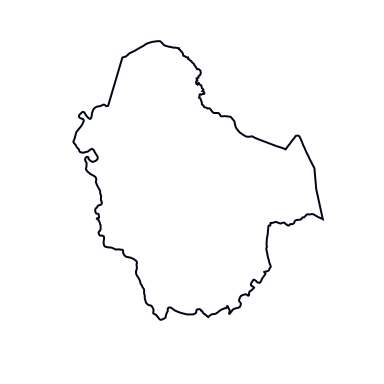 outline of El Triunfo, Choluteca, Honduras, rotated 110°
{"feature_id": "27666195B77536199573353", "entity_name": "El Triunfo", "entity_type": "district", "adm_level": 2, "iso_a3": "HND", "parent_name": "Honduras", "parent_adm1": "Choluteca", "projection": "orthographic", "projection_center": [-87.02, 13.087], "detail": "fine", "context": "isolated", "style": "outline", "palette": "ink", "viewbox_px": 384, "rotation_deg": 110, "n_neighbors": 0, "source": "geoboundaries", "source_scale": "gbopen_adm2", "svg_char_len": 6017}
<svg xmlns="http://www.w3.org/2000/svg" viewBox="0 0 384 384"><g transform="rotate(110 192 192)"><path d="M89.5,303.4L139.6,300.3L140.7,301.9L140.0,303.7L140.0,304.4L140.2,305.1L142.6,307.5L144.5,310.8L145.4,311.6L147.4,312.7L149.6,313.0L152.2,312.9L156.0,312.1L157.3,312.2L158.0,312.5L158.2,313.0L158.2,313.6L157.6,315.3L156.3,317.6L154.4,320.0L153.9,320.8L154.0,321.7L154.4,322.4L157.3,323.9L158.1,324.2L158.9,324.2L159.9,324.0L160.4,323.6L160.8,322.5L160.8,319.2L161.5,318.4L162.3,318.0L165.9,318.2L168.4,318.8L174.9,321.1L176.5,321.1L181.8,320.6L185.1,320.7L185.7,320.4L186.2,319.9L187.8,317.1L188.5,316.5L190.0,314.4L190.5,313.1L192.2,311.7L192.8,310.5L192.6,309.0L192.1,307.3L190.4,305.0L189.9,304.0L189.1,303.3L187.1,302.2L185.7,300.9L185.9,299.4L186.1,298.8L188.0,296.8L191.0,292.9L192.5,292.1L193.9,292.2L195.7,293.2L197.3,295.0L197.8,296.2L197.2,298.6L196.3,300.6L195.0,301.0L194.7,302.2L195.0,302.8L195.9,303.6L196.9,303.7L198.0,303.6L199.3,302.8L200.1,301.6L201.4,300.7L204.6,299.8L206.5,299.6L207.1,299.2L208.3,297.6L209.0,296.1L209.2,294.9L209.8,294.1L210.4,289.5L210.9,288.1L211.6,287.1L212.7,286.3L215.5,285.8L218.0,283.7L222.3,278.8L223.3,278.3L224.6,277.9L226.8,276.0L228.8,275.5L230.5,274.9L231.1,274.6L231.6,273.9L232.4,273.3L233.3,273.0L234.2,272.9L234.7,273.0L235.2,273.3L236.5,275.2L237.1,275.7L237.8,275.9L238.7,275.9L240.4,276.8L241.5,276.9L242.4,276.7L244.1,275.7L245.0,274.4L245.0,274.1L244.6,272.6L244.8,272.2L247.3,270.8L247.9,270.6L248.2,270.8L249.0,272.1L249.4,272.3L249.7,272.3L250.2,270.6L250.6,269.8L252.7,268.0L254.6,266.5L258.1,265.2L259.8,265.2L260.6,265.7L261.9,266.0L263.6,264.9L264.3,263.8L263.7,260.6L263.7,260.0L263.9,259.7L265.6,258.7L268.8,258.1L270.7,257.3L272.2,256.4L273.0,255.3L273.0,254.4L272.7,251.8L272.0,249.6L271.8,248.4L272.1,243.7L271.0,241.5L270.6,239.2L270.2,238.4L270.2,237.7L270.3,237.1L270.7,236.7L273.1,235.7L274.2,234.2L274.8,233.6L275.4,231.4L275.1,230.0L274.7,226.9L274.9,223.8L275.7,221.3L276.3,220.1L276.9,219.7L279.1,219.3L282.7,217.6L285.6,217.5L287.7,216.7L289.2,215.4L291.4,212.4L293.0,210.8L295.5,209.1L297.3,206.8L298.3,206.0L299.8,203.9L300.7,203.4L303.2,202.5L304.2,202.0L305.2,201.1L307.9,200.1L311.7,197.4L312.4,196.2L313.0,194.6L313.0,193.8L312.8,191.4L313.0,190.9L314.5,189.0L315.6,188.1L316.6,187.6L318.7,187.2L319.4,186.7L319.5,186.4L319.7,183.7L322.3,179.7L322.8,178.4L322.8,177.6L322.3,176.8L319.9,174.4L319.3,174.0L318.3,174.0L316.6,174.3L315.0,174.4L312.2,174.1L310.4,174.7L309.7,174.8L308.8,174.5L308.1,173.5L307.9,172.7L308.0,171.6L309.2,167.6L309.4,164.7L309.4,160.7L308.7,154.5L306.8,149.6L306.4,148.8L305.9,148.2L305.0,147.4L303.9,146.9L303.1,147.0L302.1,147.3L300.9,147.2L300.5,146.8L299.5,145.0L299.6,143.8L299.9,143.2L300.4,142.9L300.5,141.8L302.2,139.6L302.7,137.4L303.3,135.7L303.9,134.5L304.0,134.0L302.3,133.2L300.6,131.9L299.8,131.0L298.9,129.0L298.4,128.2L297.0,127.1L294.3,125.5L292.1,123.8L290.6,122.0L290.0,121.5L289.7,120.5L289.4,120.1L288.9,119.9L288.2,120.1L287.6,120.1L287.1,119.7L287.4,119.2L289.3,117.3L290.4,116.0L290.9,115.8L293.5,115.6L293.7,115.3L293.7,115.0L293.4,114.8L292.6,114.8L290.9,114.0L289.6,113.8L288.3,113.2L287.6,112.6L285.6,110.1L284.8,108.7L284.0,108.0L283.3,107.7L281.3,107.6L280.1,107.9L279.5,108.5L278.3,110.5L277.7,110.8L275.1,110.9L272.9,110.5L270.8,108.3L269.7,106.5L269.6,105.8L270.2,104.2L270.1,103.5L269.8,103.2L269.1,103.2L267.6,103.8L265.9,103.9L263.9,102.4L260.7,100.9L260.5,101.2L260.0,102.5L259.7,104.3L259.2,104.9L258.0,105.1L256.8,105.1L253.5,104.2L253.3,104.0L253.2,103.5L253.6,101.5L254.6,99.6L254.3,97.7L254.0,97.2L251.7,96.5L249.8,96.6L244.0,95.0L243.3,95.2L242.9,95.8L242.8,96.5L242.5,96.8L242.0,96.3L240.6,94.1L239.7,93.2L238.9,92.9L237.2,93.0L235.6,92.4L234.8,92.6L232.6,94.6L226.0,99.2L223.1,100.8L220.9,102.3L219.3,103.0L218.5,102.8L217.7,102.9L216.1,103.9L211.5,105.3L209.7,105.8L206.2,106.3L198.5,108.4L197.4,108.4L197.0,107.3L196.5,107.0L194.3,107.6L194.0,107.2L193.7,106.2L191.4,102.9L191.4,98.1L189.6,95.8L189.3,95.1L189.3,94.6L190.2,92.6L190.2,91.7L190.7,90.9L190.4,89.5L188.5,88.6L187.9,86.8L186.8,85.7L186.2,85.5L184.1,85.4L183.3,85.0L182.5,84.0L181.7,82.3L180.9,80.8L180.0,80.0L178.3,79.6L177.2,77.8L174.2,76.6L173.5,75.9L173.0,74.1L171.8,71.9L171.4,70.4L172.4,65.0L172.6,61.5L172.8,59.8L146.7,76.3L127.8,85.1L120.8,92.7L118.0,95.3L116.1,97.6L112.4,101.0L110.3,103.2L106.3,106.7L103.1,110.0L102.7,110.9L102.8,111.8L103.3,113.0L103.6,113.5L104.2,113.9L105.9,114.2L110.1,115.7L112.8,116.4L117.3,117.9L119.1,118.3L119.9,118.6L120.0,118.9L119.8,119.9L119.7,122.1L120.0,127.8L119.8,143.8L119.6,151.2L119.1,154.4L119.4,155.1L120.7,157.5L121.4,160.1L120.8,163.4L119.8,167.2L119.4,168.1L118.2,170.2L117.0,172.1L115.5,173.5L114.3,174.4L111.0,176.4L108.3,181.1L108.3,182.4L109.5,187.2L110.8,190.1L110.9,190.7L110.8,191.0L109.8,192.0L108.8,193.9L108.9,194.6L110.3,198.6L109.4,201.0L108.5,202.1L107.4,203.9L107.5,204.5L108.2,205.9L107.8,207.7L108.1,209.1L108.0,209.7L107.6,210.2L107.0,210.6L106.3,212.5L105.4,213.1L104.5,213.3L103.1,214.7L101.6,215.7L101.1,216.7L101.0,217.5L100.9,217.7L99.4,217.6L98.5,218.1L97.6,218.0L97.3,217.6L97.3,216.8L97.2,216.4L96.3,215.7L95.9,214.4L95.4,214.1L94.6,214.3L94.1,214.9L93.8,215.4L93.7,216.8L93.2,216.6L92.7,216.1L91.8,216.4L90.9,218.3L88.8,219.6L88.4,221.6L87.3,222.9L87.3,223.3L87.6,223.6L88.9,223.4L89.3,223.6L88.9,224.8L87.7,225.8L86.4,225.8L85.7,225.2L85.3,225.1L84.9,225.4L84.1,226.5L83.7,226.6L82.5,225.1L81.9,225.1L81.4,225.5L81.1,225.6L79.5,224.5L78.3,224.3L76.7,224.6L75.1,225.6L74.3,227.6L74.9,229.3L73.7,230.5L72.0,233.0L70.9,234.2L70.3,236.0L69.2,237.5L69.0,239.1L68.3,240.1L68.2,241.2L66.9,241.8L67.2,242.7L67.3,243.6L67.2,244.3L66.9,245.0L66.9,246.8L65.7,247.5L64.6,248.4L63.4,250.2L63.3,250.9L62.5,251.9L62.2,253.2L61.4,253.4L62.0,256.7L62.7,258.8L63.0,261.5L63.3,262.7L63.7,267.5L63.5,268.7L62.0,271.4L61.2,273.7L62.3,276.5L64.5,280.6L67.1,284.2L68.9,286.0L71.5,287.8L73.1,289.3L78.5,293.8L83.6,298.6L85.1,299.2L87.3,300.5L87.8,301.0L87.9,301.5L89.5,303.4Z" fill="none" stroke="#020617" stroke-width="2"/></g></svg>